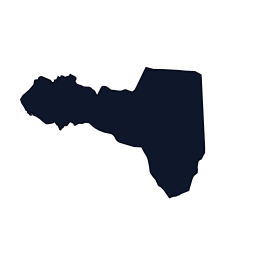 the border of Rio San Juan, rotated 157°
{"feature_id": "NIC-4800", "entity_name": "Rio San Juan", "entity_type": "Department", "adm_level": 1, "iso_a3": "NIC", "parent_name": "Nicaragua", "parent_adm1": "", "projection": "equal_earth", "projection_center": [-84.287, 11.292], "detail": "fine", "context": "isolated", "style": "filled", "palette": "ink", "viewbox_px": 256, "rotation_deg": 157, "n_neighbors": 0, "source": "natural_earth", "source_scale": "10m", "svg_char_len": 3003}
<svg xmlns="http://www.w3.org/2000/svg" viewBox="0 0 256 256"><g transform="rotate(157 128 128)"><path d="M160.3,199.7L159.7,198.8L157.4,196.3L157.2,195.8L156.8,195.2L156.6,194.5L157.0,193.4L157.5,193.0L158.9,192.0L158.5,188.6L156.7,186.6L154.7,185.2L153.8,183.8L152.7,182.8L147.8,180.4L146.7,179.0L146.4,178.0L145.0,175.7L144.6,174.7L144.4,172.9L144.4,171.5L144.1,170.4L143.1,169.8L142.3,170.5L136.6,175.4L135.6,175.9L134.5,175.8L133.4,175.2L132.4,174.5L131.5,173.5L129.2,169.5L128.7,169.1L128.2,168.7L127.7,168.5L127.1,168.3L121.9,165.2L119.5,164.2L117.2,164.3L115.4,164.0L111.4,160.2L109.6,159.1L106.3,160.2L98.6,166.9L87.8,176.4L81.9,171.8L72.9,167.8L58.9,160.9L53.8,158.1L44.4,153.5L40.2,148.3L65.3,80.2L67.2,75.9L67.4,75.5L67.9,75.0L69.5,73.9L71.6,72.0L72.5,71.3L73.2,70.9L73.7,71.2L73.9,71.3L74.4,71.2L76.4,70.2L77.0,69.7L77.4,69.4L77.7,68.6L78.2,67.8L78.9,66.7L79.1,66.5L79.2,66.2L79.3,65.9L79.8,65.2L80.0,64.8L80.1,64.2L80.4,63.2L81.9,60.0L86.4,58.7L89.0,56.4L95.9,48.0L96.2,47.3L96.7,47.1L97.3,47.0L105.0,47.2L107.1,46.7L107.6,46.7L108.4,47.0L108.9,47.0L110.4,46.8L110.8,46.9L111.2,47.0L111.7,47.3L112.9,47.6L116.9,47.8L119.0,57.5L120.5,61.3L121.4,62.2L122.1,63.1L122.3,64.0L122.2,65.7L122.3,69.4L123.4,72.9L124.5,77.3L124.4,78.5L124.2,80.0L123.2,83.2L121.7,90.0L121.4,92.7L121.4,94.5L122.2,100.0L122.6,105.4L129.5,108.8L132.5,111.2L140.9,118.1L142.5,120.3L143.1,122.2L143.2,123.9L143.4,125.7L144.2,127.9L145.1,129.2L146.1,130.1L151.0,133.4L155.1,137.4L158.1,141.3L159.0,142.9L161.1,147.5L161.6,148.3L162.1,148.7L162.4,148.7L162.7,148.8L163.1,149.1L163.8,149.6L164.1,149.7L164.7,149.9L165.5,150.3L165.8,150.4L166.0,150.4L167.1,150.2L167.8,150.2L168.0,150.2L168.7,150.5L170.4,151.4L171.7,151.9L175.0,151.4L175.7,151.5L176.1,151.7L176.0,152.5L176.0,152.9L176.0,153.3L176.1,153.6L177.3,155.2L178.3,156.3L178.9,156.6L179.3,156.7L180.2,156.1L180.8,155.9L181.1,155.8L181.5,155.5L181.8,155.2L182.3,154.8L182.7,154.6L183.4,154.5L184.1,154.6L185.1,155.1L185.6,155.2L186.0,155.2L186.5,154.9L186.7,154.7L186.9,154.5L187.7,154.1L188.8,153.9L189.3,153.8L190.7,152.8L191.0,152.9L191.2,153.2L191.2,153.6L191.1,156.2L191.1,156.7L191.2,157.4L191.3,157.8L191.6,158.3L192.0,158.8L192.1,159.1L192.2,159.4L192.3,159.9L192.3,160.8L192.4,161.3L192.6,161.9L193.0,162.6L193.4,162.9L193.7,162.9L193.9,162.7L194.1,162.6L194.4,162.4L195.1,162.4L196.3,162.5L200.4,163.6L201.2,163.9L201.4,164.1L201.8,164.6L203.7,167.9L205.2,171.2L207.9,175.1L209.8,176.9L210.6,179.9L212.4,179.5L212.0,178.0L212.0,177.9L212.8,178.2L213.6,180.7L213.9,180.8L214.1,181.6L213.8,183.5L214.8,184.3L214.9,187.4L215.8,192.4L215.5,196.2L211.9,198.7L205.0,200.9L204.5,201.0L197.5,204.5L195.4,207.9L195.0,208.2L192.1,207.4L191.4,207.7L190.0,209.1L189.0,209.3L188.0,209.1L187.3,208.7L181.0,202.1L180.5,199.7L179.3,198.7L177.9,199.0L176.7,200.6L174.9,200.0L172.3,202.3L171.0,200.6L170.3,200.6L169.1,201.8L167.9,201.2L166.0,198.7L164.7,199.0L163.8,198.8L163.1,198.7L161.4,198.6L160.3,199.7Z" fill="#0f172a" stroke="#020617" stroke-width="1.5"/></g></svg>